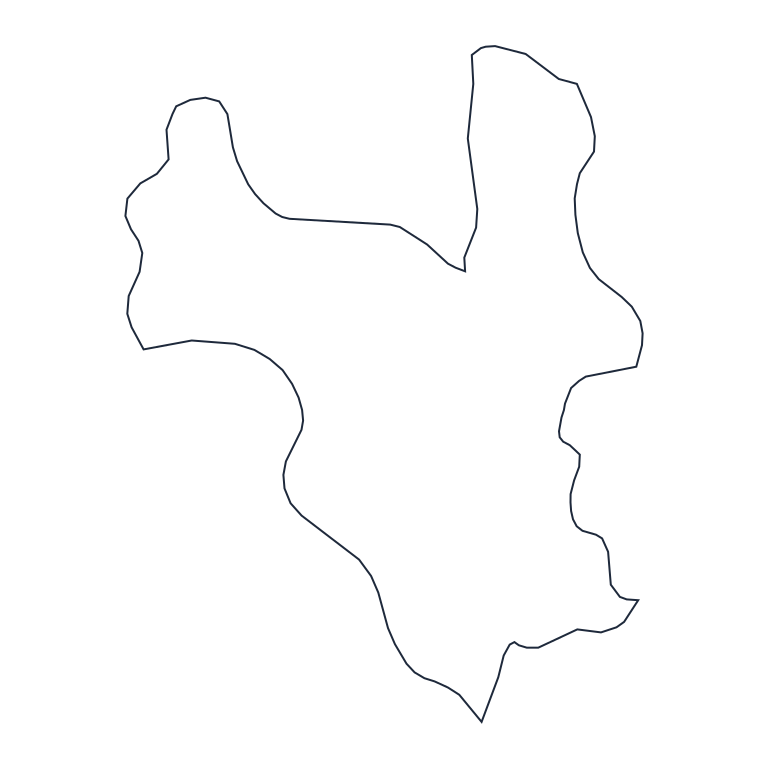 outline of Ha Noi
{"feature_id": "VNM-462", "entity_name": "Ha Noi", "entity_type": "Province", "adm_level": 1, "iso_a3": "VNM", "parent_name": "Vietnam", "parent_adm1": "", "projection": "natural_earth1", "projection_center": [105.706, 20.971], "detail": "fine", "context": "isolated", "style": "outline", "palette": "slate", "viewbox_px": 768, "rotation_deg": 0, "n_neighbors": 0, "source": "natural_earth", "source_scale": "10m", "svg_char_len": 1677}
<svg xmlns="http://www.w3.org/2000/svg" viewBox="0 0 768 768"><path d="M481.6,721.9L459.3,694.8L447.9,687.5L434.6,681.4L424.4,678.2L414.6,672.4L406.5,663.7L394.9,644.1L388.0,628.1L378.3,592.6L371.1,576.0L359.1,559.6L301.6,515.6L290.6,503.3L284.5,488.4L283.4,474.9L285.9,461.4L301.5,429.8L303.1,420.6L302.1,410.0L298.6,397.6L292.1,383.9L282.6,370.1L269.7,359.0L254.4,349.9L234.9,343.8L191.7,340.5L143.6,349.4L131.6,327.3L127.3,313.8L128.7,296.0L139.6,271.8L142.3,253.0L138.5,240.8L131.0,229.3L125.4,216.0L127.4,198.6L140.3,183.4L156.9,173.8L168.6,159.4L166.5,129.7L168.5,124.5L172.5,114.0L176.2,106.3L190.3,99.9L205.5,97.7L219.2,101.4L227.4,114.1L229.6,127.3L232.9,147.3L237.1,161.2L248.2,184.3L255.1,194.1L263.5,203.3L275.6,213.5L282.2,217.0L289.5,218.8L390.2,224.6L399.8,227.0L427.1,244.5L448.0,263.7L455.6,267.7L465.1,271.3L464.3,257.6L476.1,227.6L477.3,209.0L467.8,138.5L473.3,83.9L471.8,55.0L480.9,48.1L485.7,46.7L495.1,46.1L525.7,54.0L558.8,79.0L576.9,83.9L591.0,117.1L594.8,136.2L594.0,151.6L579.8,173.2L577.0,184.1L574.7,198.4L575.4,214.8L577.8,233.1L582.8,252.4L589.9,267.9L598.7,279.1L621.7,297.0L631.8,306.7L640.3,321.0L642.6,333.3L642.0,345.2L636.3,366.7L585.8,376.6L579.2,380.8L571.1,388.0L565.0,403.6L563.9,410.1L561.5,417.5L559.0,431.3L559.7,437.3L563.2,441.7L569.8,445.2L579.8,454.6L579.2,466.7L574.1,480.4L570.6,494.1L570.5,502.4L571.1,511.0L573.0,519.3L576.7,526.3L582.5,530.8L596.0,534.7L602.1,538.4L608.1,551.8L610.8,584.7L619.9,596.9L626.7,599.4L638.2,600.2L624.1,621.9L616.5,627.3L601.0,632.4L577.3,629.4L538.2,647.7L526.9,647.7L518.9,645.3L514.4,642.1L509.7,644.6L503.7,655.5L498.3,677.2L481.6,721.9Z" fill="none" stroke="#1e293b" stroke-width="2"/></svg>